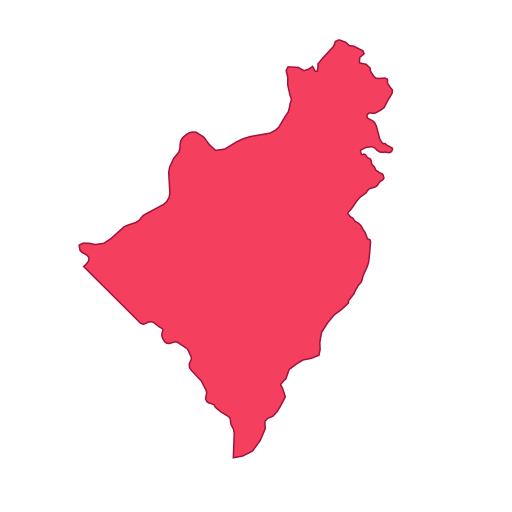 map outline of Ladakh (Mercator projection), rotated 257°
{"feature_id": "IND-20012", "entity_name": "Ladakh", "entity_type": "Union Territory", "adm_level": 1, "iso_a3": "IND", "parent_name": "India", "parent_adm1": "", "projection": "mercator", "projection_center": [77.875, 33.921], "detail": "fine", "context": "isolated", "style": "filled", "palette": "rose", "viewbox_px": 512, "rotation_deg": 257, "n_neighbors": 0, "source": "natural_earth", "source_scale": "10m", "svg_char_len": 3782}
<svg xmlns="http://www.w3.org/2000/svg" viewBox="0 0 512 512"><g transform="rotate(257 256 256)"><path d="M284.5,85.7L285.9,88.1L287.6,90.5L289.6,92.2L292.0,92.8L294.6,91.7L298.7,87.2L301.2,85.8L306.4,86.1L307.4,90.4L305.9,96.4L303.3,102.0L302.6,110.6L305.7,118.8L314.1,134.0L314.9,138.0L315.7,146.3L317.0,150.1L320.6,154.8L321.4,156.7L327.0,177.4L329.0,181.1L332.5,184.4L336.5,186.2L356.9,189.7L362.1,191.9L369.8,197.9L374.4,204.0L377.8,206.0L381.9,207.2L385.2,208.6L387.8,211.1L388.3,212.1L390.1,215.5L390.9,218.0L391.2,220.5L390.9,223.0L390.1,225.5L383.5,231.9L374.8,235.7L368.0,240.4L367.2,249.6L371.6,262.8L373.1,269.7L373.7,276.7L372.6,297.3L374.3,303.6L376.4,307.2L384.6,315.1L384.8,315.2L389.0,319.7L391.6,321.2L394.3,322.5L397.0,323.6L398.9,324.9L401.0,325.8L403.4,325.5L405.7,325.3L415.5,325.4L422.7,327.1L429.9,327.1L433.1,329.8L430.2,339.7L425.7,344.6L426.4,350.0L428.0,353.8L422.7,355.2L422.1,357.2L426.1,358.9L429.3,359.6L434.5,366.4L442.8,378.7L447.3,381.7L447.9,385.6L443.9,391.8L439.9,394.2L438.5,398.5L434.6,403.0L432.0,406.3L428.7,406.8L426.2,401.8L420.9,400.2L418.0,406.5L413.3,409.5L411.5,409.1L409.3,409.5L406.7,410.4L404.1,411.5L402.3,412.9L401.4,415.3L400.4,421.6L398.9,423.7L398.1,423.8L395.7,423.2L394.7,423.1L393.5,423.4L391.3,424.4L390.1,424.7L387.1,426.3L384.2,425.4L381.6,423.1L379.2,420.6L371.7,414.1L370.2,410.6L368.6,405.1L368.4,403.5L368.9,401.6L369.7,399.8L369.8,398.0L368.6,396.2L366.5,395.3L364.8,396.2L362.1,399.4L360.6,400.8L359.0,401.7L355.4,402.5L342.6,402.9L339.1,403.8L337.0,404.9L336.6,407.0L334.7,408.3L330.6,413.0L329.6,413.1L328.8,412.8L327.8,412.0L327.0,410.9L326.7,409.5L327.0,408.0L327.7,406.5L328.2,405.2L328.7,402.0L329.3,400.5L329.7,399.7L330.6,398.8L332.3,397.4L334.6,396.0L335.5,395.1L336.1,394.1L336.4,393.2L336.6,392.0L336.9,388.7L336.9,387.1L336.6,385.6L336.0,382.9L335.7,382.2L335.3,381.7L334.8,381.5L334.2,381.4L332.4,381.4L331.6,381.6L331.0,381.8L330.8,382.2L331.0,384.0L330.7,384.9L329.8,385.5L327.5,386.4L326.6,387.0L325.2,388.9L324.3,389.4L322.9,389.7L321.1,389.5L319.6,389.5L318.5,389.9L316.3,391.4L314.3,391.7L312.7,392.1L311.8,392.7L311.3,393.6L310.8,394.1L310.0,394.5L309.4,395.0L308.7,396.1L307.7,397.4L306.3,398.1L303.2,398.2L302.0,397.2L301.4,395.7L300.9,394.2L300.1,392.9L297.9,390.5L296.9,389.2L296.4,387.5L296.1,382.0L295.5,380.7L294.4,379.0L292.9,377.7L289.7,370.2L286.6,366.2L281.4,360.6L279.3,358.0L278.4,356.5L277.4,355.3L276.6,355.1L275.8,355.2L275.0,355.8L273.3,356.6L273.1,356.7L271.9,358.1L271.2,358.7L270.4,359.2L268.8,359.7L268.0,360.0L267.2,360.7L264.9,363.2L263.6,364.1L262.4,364.8L261.1,365.4L257.4,366.3L255.6,367.2L252.6,367.9L248.1,368.4L247.6,368.6L247.3,369.0L246.6,370.3L246.0,370.8L244.0,370.8L232.4,367.1L224.9,364.5L220.6,362.0L212.7,355.9L208.8,353.9L207.3,353.0L206.2,351.7L204.0,348.7L199.1,344.3L197.4,343.2L192.0,336.6L190.7,335.8L189.4,335.5L184.8,327.6L181.0,318.9L174.8,310.8L166.8,302.7L157.6,298.8L150.4,297.4L145.1,295.0L143.9,286.8L144.1,278.3L141.8,271.3L137.9,262.7L129.6,257.5L127.6,254.1L125.2,251.0L121.0,252.1L112.2,252.9L108.3,249.6L103.7,245.6L99.8,241.8L96.0,236.3L95.3,231.3L92.8,227.4L85.7,226.2L75.4,218.7L66.8,208.8L64.1,198.1L64.5,188.5L88.1,194.9L92.1,195.1L97.3,193.8L99.2,193.8L103.0,194.3L104.6,193.9L106.5,192.4L111.7,187.0L117.5,182.5L119.9,181.8L120.6,181.4L121.8,179.9L123.6,176.7L125.1,175.4L128.2,174.7L133.9,177.2L136.9,177.1L146.5,174.6L158.9,167.4L162.3,166.1L165.7,166.6L169.6,169.5L171.1,170.1L172.6,170.1L180.4,168.4L181.5,167.8L189.7,159.9L190.6,157.8L190.2,151.9L191.0,149.4L193.1,147.7L196.3,146.6L199.5,146.3L201.9,147.0L204.3,148.5L205.6,148.8L206.8,147.9L208.5,146.0L213.9,141.6L215.3,139.8L215.9,136.3L215.1,133.3L214.8,130.7L216.5,128.4L217.1,128.0L250.8,106.9L284.5,85.7Z" fill="#f43f5e" stroke="#9f1239" stroke-width="1.5"/></g></svg>